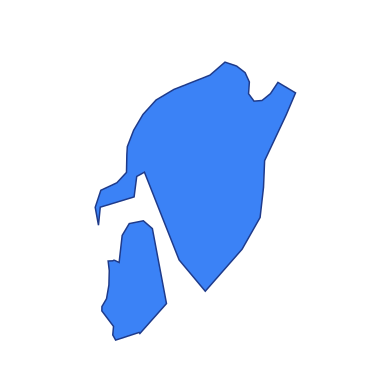 Herceg Novi, orthographic projection, rotated 61°
{"feature_id": "MNE-1506", "entity_name": "Herceg Novi", "entity_type": "Municipality", "adm_level": 1, "iso_a3": "MNE", "parent_name": "Montenegro", "parent_adm1": "", "projection": "orthographic", "projection_center": [18.544, 42.482], "detail": "fine", "context": "isolated", "style": "filled", "palette": "blue", "viewbox_px": 384, "rotation_deg": 61, "n_neighbors": 0, "source": "natural_earth", "source_scale": "10m", "svg_char_len": 829}
<svg xmlns="http://www.w3.org/2000/svg" viewBox="0 0 384 384"><g transform="rotate(61 192 192)"><path d="M146.3,270.9L147.5,253.2L143.1,239.8L127.8,230.9L121.0,226.6L109.7,213.1L100.4,197.3L94.1,178.8L93.5,158.1L98.5,119.6L94.4,100.2L103.5,91.9L113.4,87.7L123.6,88.5L133.5,94.9L142.6,93.7L145.9,86.4L144.0,75.7L137.8,63.7L155.5,53.4L170.1,72.1L199.8,113.3L222.6,127.2L247.3,144.8L266.3,175.9L285.2,228.5L245.2,236.2L151.6,224.0L151.6,232.8L168.2,245.0L160.8,279.6L175.7,289.9L158.5,284.1L146.3,270.9ZM289.2,306.3L284.5,330.6L278.6,330.6L271.5,325.8L252.3,328.5L248.5,326.3L243.9,318.5L233.1,309.8L220.7,302.5L211.7,298.8L213.8,294.6L213.8,293.3L214.7,292.5L218.3,289.9L196.1,274.1L189.2,262.2L193.6,248.5L204.8,244.4L277.2,268.4L284.4,288.9L290.5,306.2L289.2,306.3Z" fill="#3b82f6" stroke="#1e3a8a" stroke-width="1.5"/></g></svg>